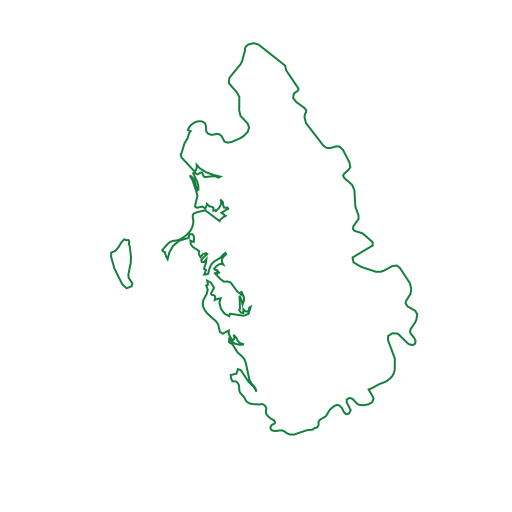 map outline of Morbihan (Equal Earth projection), rotated 59°
{"feature_id": "FRA-5327", "entity_name": "Morbihan", "entity_type": "Metropolitan department", "adm_level": 1, "iso_a3": "FRA", "parent_name": "France", "parent_adm1": "", "projection": "equal_earth", "projection_center": [-2.844, 47.752], "detail": "fine", "context": "isolated", "style": "outline", "palette": "green", "viewbox_px": 512, "rotation_deg": 59, "n_neighbors": 0, "source": "natural_earth", "source_scale": "10m", "svg_char_len": 5856}
<svg xmlns="http://www.w3.org/2000/svg" viewBox="0 0 512 512"><g transform="rotate(59 256 256)"><path d="M351.1,340.7L347.8,340.4L345.0,338.9L346.8,333.4L343.7,329.8L346.1,327.8L359.9,327.2L368.0,325.2L372.6,325.5L369.0,324.6L363.0,325.5L359.0,325.5L342.1,319.7L338.6,319.2L335.7,319.5L328.5,321.6L320.2,321.6L318.2,322.2L316.9,323.2L315.6,323.4L313.3,321.6L316.6,321.1L320.5,319.0L323.8,315.7L325.5,311.9L322.1,314.8L318.9,315.3L315.7,315.0L311.9,315.8L313.7,316.1L315.1,316.7L315.9,317.8L316.4,319.7L310.8,319.7L308.2,319.2L305.9,317.7L305.5,324.5L302.5,326.0L295.1,323.7L291.5,323.9L279.9,327.4L275.7,327.8L272.3,327.5L269.5,326.2L266.5,323.7L266.0,322.6L262.6,317.1L261.8,316.8L260.9,315.3L258.8,314.4L256.3,314.0L255.6,313.7L255.9,313.3L255.8,311.9L252.0,310.6L255.7,308.3L261.7,308.3L264.9,314.0L266.5,314.0L267.7,312.5L269.0,311.9L270.5,312.3L272.5,314.0L272.7,312.2L274.0,308.0L277.4,311.6L283.1,313.2L289.1,312.7L293.8,310.0L292.1,308.0L300.7,297.6L301.8,292.3L296.8,286.7L296.8,288.4L298.9,290.4L299.2,292.2L297.9,293.6L295.1,294.3L298.3,296.2L297.3,297.6L296.3,298.2L293.8,298.3L292.6,296.7L281.6,290.6L286.2,291.1L290.6,292.5L288.0,289.2L285.4,287.7L278.5,286.7L281.6,288.4L277.0,290.3L265.6,291.4L263.3,293.4L261.4,296.8L257.0,298.5L249.7,300.1L249.7,298.3L251.2,298.3L251.2,296.2L248.3,296.6L247.6,297.1L246.7,298.3L245.2,298.3L244.3,294.9L244.1,292.0L244.8,289.8L246.7,288.4L243.5,288.3L241.2,286.8L239.8,284.2L239.2,280.7L237.5,280.7L237.8,282.9L238.9,286.5L239.2,288.4L239.2,295.2L240.0,298.1L241.9,301.2L244.4,304.1L246.7,306.1L246.1,308.0L245.8,308.9L245.2,310.0L244.6,308.9L242.3,306.1L240.5,307.2L238.5,305.4L236.1,302.4L233.1,300.1L234.4,303.9L233.2,305.6L231.2,304.9L230.1,301.2L229.3,296.8L227.9,297.2L227.1,300.4L228.4,304.2L225.3,304.0L224.0,303.6L222.5,302.2L215.6,305.5L212.1,305.8L209.0,304.2L210.4,303.4L211.9,302.2L209.7,300.5L207.1,299.1L204.7,299.2L202.8,302.2L203.8,302.6L204.7,303.6L205.8,304.2L203.4,313.7L204.6,321.8L208.3,328.4L213.2,333.4L210.2,333.3L205.5,332.2L204.1,333.4L202.7,333.4L200.1,325.3L199.7,322.7L200.2,319.6L202.3,314.8L202.8,310.9L202.2,304.3L200.7,299.4L198.3,295.6L195.1,292.5L193.0,291.3L190.5,290.4L188.5,289.3L187.6,287.6L188.1,283.9L190.8,275.9L207.4,269.2L206.5,267.8L206.1,266.2L205.9,264.1L205.9,261.3L204.8,261.9L202.2,262.8L201.2,263.4L201.1,257.4L201.2,255.5L199.9,255.5L198.1,258.5L195.8,258.0L192.8,256.7L189.3,257.3L192.4,258.3L194.5,260.4L195.9,263.4L196.8,267.3L195.7,267.5L195.5,268.2L195.2,269.2L192.6,267.6L191.0,268.6L189.3,270.4L186.1,271.2L187.0,272.0L189.3,275.0L186.2,276.3L185.1,279.0L184.4,281.6L182.4,282.8L180.8,281.7L174.0,275.0L168.4,273.6L158.7,271.4L152.8,271.2L156.8,269.8L160.7,270.1L169.5,272.9L169.5,271.2L166.0,269.3L162.1,268.1L152.8,267.3L152.8,265.2L154.8,265.0L155.7,264.4L156.0,263.0L156.0,260.3L156.8,259.2L160.5,259.7L161.9,259.4L164.8,253.1L166.8,249.7L169.6,247.8L169.6,245.7L164.8,250.5L158.7,255.5L152.0,259.0L147.3,259.9L149.0,260.8L150.4,262.0L151.5,263.4L151.5,265.2L133.3,269.1L130.2,268.3L129.3,266.7L122.7,259.4L119.6,253.6L117.1,251.1L116.2,249.9L115.4,247.8L112.9,249.5L111.3,247.2L110.2,244.0L109.9,240.6L110.2,237.7L111.3,235.2L112.6,233.3L114.3,232.0L116.4,231.4L118.9,232.0L123.6,234.5L126.4,234.1L129.2,231.8L130.3,229.4L131.0,227.0L132.8,224.7L135.6,223.7L141.6,224.1L144.2,222.0L145.7,218.3L146.9,208.9L146.8,204.8L145.2,198.9L142.2,195.7L138.3,194.9L127.8,197.1L122.5,195.4L111.2,188.4L106.0,188.1L93.9,190.3L89.6,187.1L83.6,170.3L82.0,167.8L74.5,159.9L72.6,158.6L71.2,156.8L70.8,153.5L72.5,148.2L76.2,144.9L107.8,133.0L112.5,134.5L133.3,133.4L134.9,133.7L135.9,135.0L136.1,136.4L136.0,138.1L136.3,139.9L139.7,142.8L144.8,142.2L154.1,138.2L157.1,137.9L158.5,139.1L159.7,141.1L161.9,142.9L167.8,144.7L196.2,141.4L199.5,139.9L201.7,136.9L203.5,130.4L205.1,128.2L209.8,126.8L223.9,127.7L228.5,129.5L229.6,131.6L231.0,138.3L232.1,140.1L234.9,140.1L244.4,137.0L250.3,137.8L265.1,145.5L273.6,147.1L277.0,148.9L280.7,157.2L282.7,159.0L285.2,158.6L291.4,153.0L304.2,148.9L307.1,150.5L307.0,174.0L311.7,175.7L319.3,171.6L331.3,161.3L333.8,157.1L334.5,153.2L334.8,144.2L336.8,140.1L340.4,138.8L358.5,138.1L363.7,139.7L366.1,141.2L368.2,143.4L372.0,150.8L373.8,152.2L377.4,152.0L384.8,147.8L388.9,147.7L393.2,151.4L394.9,153.8L398.4,161.3L400.5,163.2L403.2,163.3L407.1,162.6L410.8,162.9L413.1,164.7L413.1,167.5L410.1,170.6L395.6,174.4L392.5,178.8L392.6,183.9L396.1,186.2L415.4,189.8L425.0,195.7L427.4,198.2L429.1,201.0L430.1,204.2L430.5,208.1L430.4,210.4L429.3,216.3L429.0,225.3L428.4,228.2L436.6,228.3L439.1,228.9L441.2,231.8L441.1,235.9L439.6,240.0L437.7,243.1L436.1,244.7L434.6,245.5L429.1,246.6L427.1,247.6L425.7,249.4L425.8,252.2L428.4,253.7L436.9,254.2L439.0,257.8L438.1,260.2L435.8,261.0L430.7,260.7L427.2,261.4L425.3,263.2L424.9,266.4L425.6,271.1L426.5,273.5L428.6,277.1L429.4,279.2L429.3,285.2L430.2,287.7L433.3,289.6L433.8,290.5L434.4,292.2L434.2,293.1L433.7,294.2L433.7,295.3L434.0,296.5L433.6,297.8L432.9,299.1L431.4,302.6L428.7,315.2L426.5,318.8L423.8,320.9L421.4,321.7L418.9,323.5L417.6,325.8L416.5,328.7L414.7,331.2L413.5,332.2L411.8,332.5L410.3,331.9L409.4,330.7L409.1,329.8L409.0,328.5L409.1,326.7L409.1,326.1L408.3,325.3L406.4,325.1L402.7,327.2L399.7,328.2L397.0,328.6L395.1,328.1L394.2,327.5L393.7,327.1L393.3,326.6L392.4,326.0L390.9,325.3L388.4,325.6L386.9,326.3L386.2,326.8L386.0,327.1L385.3,328.9L384.0,331.1L382.3,333.7L379.1,337.5L376.6,338.8L374.3,339.1L372.2,338.9L370.0,339.0L365.8,340.0L363.7,339.9L361.7,339.1L359.6,337.9L357.3,337.0L354.6,337.2L352.9,338.1L351.4,340.6L351.2,340.7L351.1,340.7ZM206.5,375.2L209.1,376.4L215.7,376.1L217.9,378.3L217.0,383.6L211.1,385.2L193.8,383.8L182.3,380.7L178.5,378.3L179.2,373.8L177.5,369.1L175.1,364.6L173.8,360.5L175.7,358.9L176.6,357.1L178.1,357.0L180.0,358.7L182.8,359.3L192.8,363.8L198.3,367.6L198.9,368.4L206.5,375.2Z" fill="none" stroke="#15803d" stroke-width="2"/></g></svg>